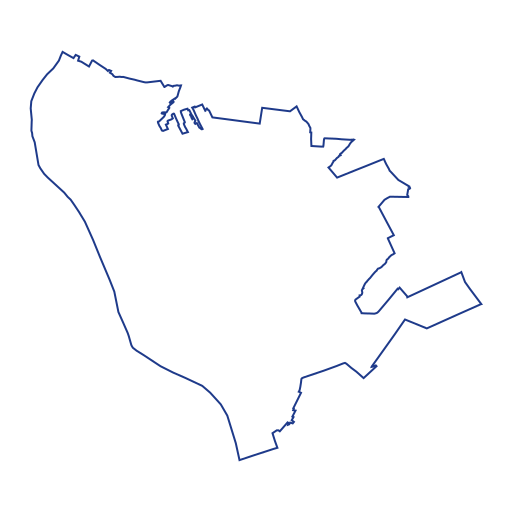 Topalu, Constanta, Romania
{"feature_id": "2599482B85456823003840", "entity_name": "Topalu", "entity_type": "district", "adm_level": 2, "iso_a3": "ROU", "parent_name": "Romania", "parent_adm1": "Constanta", "projection": "natural_earth1", "projection_center": [28.102, 44.537], "detail": "fine", "context": "isolated", "style": "outline", "palette": "blue", "viewbox_px": 512, "rotation_deg": 0, "n_neighbors": 0, "source": "geoboundaries", "source_scale": "gbopen_adm2", "svg_char_len": 5829}
<svg xmlns="http://www.w3.org/2000/svg" viewBox="0 0 512 512"><path d="M239.5,460.1L254.2,455.2L264.7,451.8L273.6,448.9L277.4,447.8L274.9,440.9L272.5,433.2L276.8,430.3L278.4,430.3L279.8,431.3L287.6,422.4L288.7,423.1L288.2,424.7L289.2,424.3L290.2,422.6L292.7,423.4L293.9,421.9L291.7,420.2L293.5,417.1L292.4,416.6L295.5,410.6L293.2,410.2L293.8,408.6L293.3,408.3L301.0,392.8L299.1,391.8L298.8,391.7L299.4,390.6L299.7,389.8L300.3,386.9L301.0,382.5L301.4,379.0L302.0,378.2L303.5,377.5L323.7,370.7L337.2,365.8L337.4,365.7L343.2,363.4L345.0,362.9L346.4,363.7L351.3,367.9L356.4,371.7L363.6,378.1L376.5,366.2L375.8,365.4L373.7,366.2L372.1,366.8L371.6,366.9L371.7,366.6L383.5,350.1L394.9,334.1L404.1,320.8L405.0,319.5L426.8,328.4L457.3,314.7L480.9,304.2L481.3,304.1L469.9,288.9L465.0,282.0L461.3,272.1L460.9,272.4L429.7,286.9L407.5,297.2L407.3,297.3L407.0,296.1L399.6,287.6L398.2,289.2L397.6,288.7L388.5,299.8L378.6,311.5L377.3,312.7L376.2,313.2L375.1,313.5L374.3,313.7L369.8,313.5L365.1,313.4L361.6,313.2L361.6,312.8L357.3,305.4L355.2,301.4L355.1,300.6L355.2,300.2L355.5,299.6L359.1,297.0L359.6,296.7L359.6,295.4L360.2,295.4L361.0,295.1L361.5,294.7L361.8,294.3L362.2,293.1L362.3,292.8L362.2,291.9L361.9,290.7L361.9,290.2L362.5,289.2L363.3,288.4L362.9,288.2L363.0,288.0L363.9,286.0L364.8,284.1L365.8,282.6L367.0,281.5L367.5,280.6L367.9,280.3L369.2,278.8L369.9,278.2L372.7,274.7L374.8,272.3L375.9,271.2L376.6,270.7L377.2,269.6L377.9,268.8L378.1,268.6L379.3,268.3L380.6,267.6L381.5,267.0L382.3,266.2L383.0,265.4L384.6,264.1L385.1,263.7L386.2,262.2L386.5,260.4L386.8,259.7L387.9,258.9L388.5,258.2L389.2,257.2L389.9,256.6L391.1,255.4L391.9,254.9L393.3,254.2L394.6,253.3L387.8,238.3L387.8,238.2L393.8,235.2L386.0,220.6L379.1,207.6L378.9,207.2L378.5,206.9L384.5,199.8L387.3,198.1L390.0,196.7L408.3,197.0L408.3,196.3L407.2,194.9L408.2,189.3L409.7,188.7L410.1,188.2L409.9,187.7L408.8,187.0L409.2,186.4L398.4,180.0L393.2,174.4L390.0,171.0L389.7,170.8L388.9,168.9L386.3,164.3L385.0,161.6L384.2,159.7L383.8,158.9L379.5,160.6L365.6,166.2L357.0,169.6L337.1,177.6L328.5,167.5L330.5,166.1L331.4,165.2L332.2,163.7L332.5,163.1L333.6,161.3L333.6,160.8L334.2,160.6L335.0,160.2L336.9,158.0L338.5,156.9L338.8,156.2L339.1,155.9L340.5,155.3L339.9,154.5L340.0,154.2L340.9,153.4L341.3,153.4L343.5,151.0L344.2,150.3L345.7,149.0L346.2,148.3L347.1,147.5L347.9,146.8L348.4,146.4L348.6,146.0L349.3,144.9L350.1,143.5L351.1,142.3L351.5,141.8L352.4,141.2L353.0,140.5L353.3,140.3L354.0,139.7L353.5,139.5L353.0,139.7L351.4,139.7L350.3,139.8L341.7,139.3L336.7,138.8L332.3,138.6L329.3,138.5L325.1,138.3L324.5,138.3L324.1,139.0L323.9,140.3L323.6,143.8L323.4,145.8L323.2,146.6L321.2,146.6L311.4,146.0L311.1,139.0L311.3,132.5L310.2,132.3L310.4,129.1L310.4,128.2L310.3,127.7L309.5,126.4L308.5,124.1L307.1,122.4L306.1,121.4L304.6,120.5L304.1,120.0L303.1,119.3L301.9,116.8L299.3,112.1L296.6,106.4L290.0,111.3L262.2,107.8L261.9,109.6L259.7,123.6L247.4,122.0L225.6,119.1L212.4,117.4L209.1,110.5L208.3,110.1L206.9,108.5L205.8,109.6L205.6,110.6L205.3,110.8L204.7,109.6L202.2,104.5L195.1,107.4L194.7,106.6L192.2,107.6L193.1,109.1L193.9,110.7L195.6,114.7L196.6,116.8L197.5,118.6L198.1,120.1L199.0,122.0L198.9,122.0L202.6,129.0L202.2,129.2L201.8,129.3L201.1,128.9L200.7,128.6L200.2,128.0L199.6,127.8L199.4,127.7L198.0,125.2L197.0,123.2L196.9,123.1L196.6,123.1L196.4,123.2L195.3,123.9L194.9,123.5L194.6,123.1L194.5,122.6L194.8,121.8L195.4,120.7L193.7,118.0L192.3,119.2L191.5,117.8L191.7,117.7L192.8,116.4L192.1,115.4L191.3,115.8L190.7,115.9L190.2,115.2L190.1,114.5L191.2,113.9L189.3,110.1L188.2,110.3L187.5,108.7L184.0,109.7L180.8,111.1L180.9,112.2L181.3,113.4L183.5,118.9L184.4,121.1L184.8,122.1L184.8,122.5L183.8,123.3L183.8,123.7L183.9,124.2L185.1,127.0L186.1,128.6L187.9,132.1L182.5,133.7L178.2,125.6L178.2,125.2L178.7,125.0L178.8,124.3L177.8,122.3L175.6,117.5L175.6,117.4L174.1,113.8L173.8,113.6L173.3,113.7L172.1,114.5L171.8,114.9L171.7,115.3L171.8,115.8L172.8,118.4L172.4,118.7L171.3,119.4L169.5,120.1L168.2,120.5L167.8,120.8L167.5,121.2L168.2,123.5L167.4,124.0L165.9,124.6L166.7,126.4L167.9,129.0L163.1,130.9L161.9,130.5L161.6,129.9L160.6,127.7L160.1,127.0L159.9,126.7L159.3,125.7L158.8,124.5L158.4,123.6L158.0,122.7L157.9,121.8L158.1,121.6L158.6,121.7L159.0,121.5L161.3,119.3L163.2,117.5L163.8,116.9L164.8,115.4L165.0,114.8L165.1,114.1L162.0,113.6L161.7,113.4L161.8,113.0L162.2,112.5L162.8,112.4L164.0,112.3L166.1,112.4L166.5,112.3L166.9,111.8L167.8,110.2L169.3,108.0L169.3,107.7L168.2,107.1L170.5,104.6L173.5,102.2L173.6,101.7L173.4,101.3L173.1,101.1L172.6,101.4L170.3,103.1L169.8,102.5L170.5,101.6L171.8,100.5L176.1,97.7L176.1,97.8L176.8,97.1L177.2,96.7L177.5,96.1L177.8,95.0L178.8,91.3L179.3,90.0L180.3,87.5L181.0,85.4L180.7,85.4L180.1,85.6L178.4,85.6L177.8,85.4L177.2,85.3L176.7,85.3L175.7,85.6L173.4,85.9L172.8,86.6L171.9,86.1L168.2,85.0L167.6,85.1L166.6,85.6L164.5,87.0L164.4,87.0L160.6,80.8L147.1,82.4L146.1,82.4L145.3,82.4L143.8,82.1L137.0,80.4L134.6,79.7L129.6,78.6L124.0,77.1L123.1,76.9L122.0,77.0L120.7,76.9L120.0,76.7L117.6,76.9L115.3,77.0L114.9,76.7L113.5,75.9L112.5,74.4L112.2,74.1L109.9,72.7L111.1,70.9L109.0,70.0L108.9,70.0L107.9,71.0L105.7,68.9L99.6,64.9L92.3,59.9L92.4,60.0L89.0,66.5L81.3,61.7L78.1,60.7L79.3,56.6L75.7,54.9L73.5,58.1L68.1,55.1L62.6,51.9L60.9,55.5L58.9,60.6L53.3,68.4L47.1,74.3L42.6,80.0L37.5,87.3L34.3,93.5L31.3,101.2L30.7,108.4L31.8,119.9L31.7,121.5L31.4,130.7L32.1,133.0L32.4,136.2L34.7,142.3L38.5,165.0L40.3,168.3L44.1,173.8L47.7,177.5L64.2,192.6L67.7,196.9L70.6,199.6L74.5,205.2L79.6,212.9L79.6,213.0L84.9,221.7L93.1,240.0L100.0,257.0L109.6,279.7L114.3,291.6L118.4,312.0L123.0,322.3L127.7,333.0L128.8,336.2L131.2,344.6L131.6,345.7L131.7,345.8L132.8,347.7L136.6,350.7L143.2,354.8L160.5,366.2L173.2,372.6L185.3,377.9L202.3,385.9L210.2,392.7L220.8,404.4L227.3,415.6L235.8,443.2L239.5,460.1Z" fill="none" stroke="#1e3a8a" stroke-width="2"/></svg>